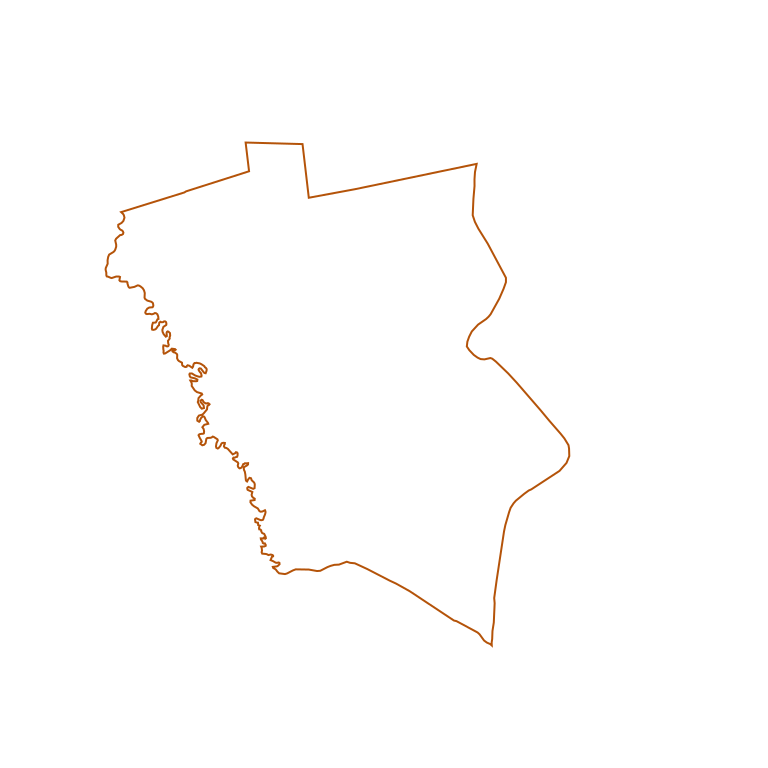 Phnum Srok, Bântéay Méanchey, Cambodia, rotated 150°
{"feature_id": "14789045B65441880035509", "entity_name": "Phnum Srok", "entity_type": "district", "adm_level": 2, "iso_a3": "KHM", "parent_name": "Cambodia", "parent_adm1": "Bântéay Méanchey", "projection": "robinson", "projection_center": [103.399, 13.843], "detail": "fine", "context": "isolated", "style": "outline", "palette": "amber", "viewbox_px": 768, "rotation_deg": 150, "n_neighbors": 0, "source": "geoboundaries", "source_scale": "gbopen_adm2", "svg_char_len": 6166}
<svg xmlns="http://www.w3.org/2000/svg" viewBox="0 0 768 768"><g transform="rotate(150 384 384)"><path d="M570.2,275.0L569.5,272.5L564.8,268.9L562.7,268.4L556.1,268.1L553.1,267.6L541.9,260.9L535.5,255.5L532.6,254.1L524.5,253.7L521.2,253.2L517.4,252.2L513.3,250.1L505.1,248.7L502.8,246.1L498.9,243.3L491.0,232.1L477.4,210.9L473.4,205.2L465.4,191.8L441.7,144.2L439.8,142.4L427.2,122.0L426.4,119.5L425.6,111.8L424.2,108.6L422.0,105.6L421.4,103.7L420.1,106.2L417.8,109.1L413.6,115.8L408.2,122.5L405.2,127.2L397.8,138.8L395.6,143.5L384.6,157.7L353.7,196.4L349.4,201.2L339.6,210.6L336.2,213.5L331.4,215.9L328.2,217.0L317.4,218.8L311.9,219.4L309.1,219.1L275.4,221.0L265.4,224.4L259.6,228.9L256.0,235.6L254.8,238.8L255.0,246.7L255.9,252.6L259.2,269.5L261.6,283.4L268.4,318.8L271.2,331.2L275.9,347.5L277.6,351.8L278.9,353.3L284.7,355.1L287.9,357.3L289.8,360.1L291.7,364.3L293.2,370.6L293.5,375.1L290.6,379.0L286.6,382.4L281.7,385.6L272.8,388.4L263.1,389.2L259.7,390.0L256.8,391.1L241.6,400.2L232.8,406.7L227.5,411.2L225.3,415.0L224.0,453.6L224.6,471.3L224.2,479.0L222.8,485.8L214.0,499.6L206.6,510.2L203.3,516.0L199.2,522.1L193.7,528.3L311.7,567.2L356.0,582.9L334.6,632.5L383.1,662.3L394.5,635.7L459.1,649.8L461.1,649.7L525.7,664.3L524.9,661.6L524.9,660.2L525.6,657.8L528.2,655.5L530.8,654.7L534.5,654.8L535.6,653.0L535.4,650.4L535.0,649.3L534.2,648.2L533.8,646.8L534.0,645.4L535.0,644.4L536.7,644.3L538.0,644.9L543.3,643.8L545.0,642.7L546.3,638.5L547.3,636.8L549.5,634.8L550.6,634.1L552.2,633.6L557.3,633.5L559.3,632.0L561.5,629.4L563.2,626.3L566.9,623.6L567.7,622.6L568.1,621.7L568.8,619.3L570.1,617.0L570.3,615.8L569.3,614.9L567.6,612.6L566.8,611.9L562.3,611.0L559.7,609.5L559.1,608.7L561.3,606.1L561.1,605.0L560.2,604.1L555.6,601.3L555.4,600.3L555.9,599.4L556.6,596.4L556.6,595.3L556.2,594.5L551.6,592.9L548.1,592.6L547.1,591.9L546.1,590.3L545.1,587.6L545.0,585.1L545.7,582.4L548.2,578.5L548.4,577.3L547.3,574.6L544.5,571.7L543.9,570.5L543.7,569.6L544.4,567.5L545.2,566.6L546.1,566.2L549.0,567.6L551.3,567.6L553.9,566.3L555.1,565.1L555.1,564.0L554.4,563.1L551.9,562.0L550.2,560.4L548.5,560.0L546.9,560.0L546.0,559.2L545.4,557.7L545.8,555.3L546.8,553.1L547.8,553.3L550.3,551.7L551.0,551.4L553.5,552.6L555.4,550.8L557.3,548.1L557.6,547.0L556.7,546.2L555.0,545.7L553.7,545.8L550.6,547.3L549.5,547.4L547.9,549.5L546.5,549.7L545.9,548.8L545.2,548.4L544.2,548.0L543.1,548.2L542.1,547.5L541.8,546.5L542.4,544.8L543.1,544.0L546.4,543.8L548.9,541.7L549.7,539.8L549.9,537.2L549.3,534.1L548.1,534.1L546.8,536.9L545.8,537.7L545.0,537.7L544.5,537.1L543.9,535.1L545.0,532.8L546.4,531.6L546.9,530.5L549.5,529.4L550.6,527.0L550.8,525.6L551.8,524.7L552.5,524.7L553.6,525.5L553.9,526.3L555.7,527.7L556.6,526.7L557.8,524.3L558.2,523.0L559.3,521.4L559.4,520.3L558.3,519.9L552.4,520.1L550.1,520.7L547.5,518.7L547.3,517.9L548.1,517.8L550.5,518.8L550.9,518.0L550.2,516.5L549.4,515.9L548.4,513.7L548.5,512.6L550.3,509.8L550.5,507.8L550.1,506.4L548.3,503.5L549.3,501.3L549.1,500.2L547.7,498.1L546.4,497.6L545.7,498.2L544.7,498.4L543.5,497.2L541.9,493.9L540.7,494.5L539.1,496.3L537.6,496.9L536.7,496.3L535.9,496.2L533.3,494.0L532.2,492.4L530.7,489.3L530.7,488.0L530.2,487.0L530.1,485.8L530.5,484.9L531.4,483.9L533.1,482.5L533.9,483.2L534.2,483.9L534.9,489.0L535.9,489.8L536.7,489.7L537.4,489.2L537.6,488.3L537.4,486.1L537.1,485.1L537.3,484.0L537.8,482.4L538.4,481.8L540.4,482.6L542.2,484.5L543.4,486.0L545.1,489.2L547.0,490.2L547.7,489.7L548.3,487.8L548.2,486.5L544.9,483.4L543.4,481.1L544.3,480.0L545.3,480.3L547.9,481.9L549.3,483.6L550.0,483.9L550.0,481.4L550.4,480.2L551.5,478.5L551.1,473.1L550.0,470.5L546.6,466.9L546.7,465.8L548.5,465.6L551.7,464.5L553.5,462.1L554.3,461.5L554.7,455.9L554.1,453.7L551.9,453.2L550.9,455.7L551.8,460.0L551.3,461.2L549.9,461.6L549.2,460.9L549.2,458.6L548.9,457.7L547.9,456.1L546.3,455.6L545.6,455.0L545.2,453.7L546.3,453.3L547.4,453.5L548.4,452.7L550.0,450.5L554.6,448.8L556.5,448.3L560.1,449.2L562.7,447.9L564.0,445.6L563.0,443.7L562.1,443.9L561.5,444.6L559.7,445.9L557.2,446.6L556.3,446.0L556.0,444.8L556.4,442.0L555.9,438.3L556.1,437.4L560.0,438.5L562.9,437.4L562.7,435.2L563.5,432.9L564.7,431.3L565.7,431.4L566.7,432.0L569.0,432.8L570.2,432.4L570.5,429.6L570.5,426.0L570.7,425.1L571.9,424.8L573.0,424.1L572.0,421.8L570.2,421.3L568.1,422.0L565.3,425.3L564.0,425.6L561.0,424.1L559.9,423.9L558.6,424.1L557.9,423.3L555.9,419.4L556.1,418.3L558.7,416.5L560.7,414.0L561.1,412.5L560.2,411.2L559.0,411.3L556.5,412.3L554.5,413.7L553.7,413.8L552.5,413.4L551.3,412.5L552.0,411.5L553.0,411.0L553.8,410.0L553.7,408.4L552.5,407.4L551.7,405.9L550.2,398.7L547.2,398.5L546.4,399.0L545.6,398.4L545.4,397.2L546.5,395.4L547.6,394.4L549.0,394.8L550.3,394.9L551.1,395.5L552.1,395.1L552.3,394.1L549.8,389.2L549.9,388.1L551.5,386.4L551.8,385.2L551.6,384.0L551.3,383.2L550.4,382.9L549.2,382.9L548.3,383.3L545.9,385.0L545.1,384.7L544.0,384.9L543.3,384.3L541.3,383.4L542.0,382.3L543.3,382.0L546.8,382.0L547.8,380.8L548.3,379.1L548.3,377.9L549.3,375.0L551.7,369.8L551.7,368.6L551.3,368.0L549.5,369.2L547.4,370.0L546.3,368.9L546.7,366.8L545.8,363.8L545.8,362.7L546.2,361.5L548.2,358.5L549.7,358.6L552.9,362.7L554.2,362.5L554.8,361.6L555.0,360.5L552.0,356.3L554.1,354.2L554.5,352.7L554.2,351.0L553.3,349.3L554.1,348.2L557.9,349.7L558.8,348.4L558.6,345.5L557.7,343.1L555.5,339.3L555.4,336.1L554.7,335.1L553.1,334.4L550.2,334.2L550.3,333.1L550.9,331.9L552.3,330.5L554.8,328.6L555.7,327.6L556.9,326.9L558.4,327.4L559.1,328.0L561.7,331.5L562.8,331.6L563.4,331.2L564.4,328.7L563.2,327.4L562.5,326.9L563.5,324.7L562.4,323.4L563.1,323.0L564.3,321.7L564.7,320.5L563.8,319.8L563.5,318.7L564.0,317.8L564.0,315.8L562.7,314.1L562.9,310.9L563.4,309.5L564.2,309.4L563.9,310.8L565.0,311.1L565.8,310.6L567.9,311.9L568.3,310.9L568.1,309.7L568.1,307.9L568.5,306.9L567.9,305.9L566.9,305.6L566.9,303.7L567.4,303.0L569.0,303.2L571.7,304.6L571.8,303.4L572.9,300.8L574.1,299.5L574.3,298.0L571.2,295.8L570.2,294.7L569.7,293.7L567.3,292.9L566.2,291.8L565.8,290.9L566.2,290.2L567.4,290.4L570.3,288.2L568.6,286.0L567.2,283.5L566.1,282.6L564.6,282.2L564.0,281.5L564.5,280.2L566.6,279.6L567.9,279.6L571.7,281.2L571.9,280.0L571.0,278.6L570.4,277.2L570.2,275.0Z" fill="none" stroke="#b45309" stroke-width="2"/></g></svg>